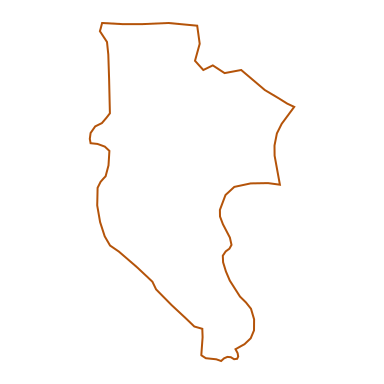 the state/province of Trebinje
{"feature_id": "BIH-4808", "entity_name": "Trebinje", "entity_type": "state/province", "adm_level": 1, "iso_a3": "BIH", "parent_name": "Bosnia and Herzegovina", "parent_adm1": "", "projection": "equal_earth", "projection_center": [18.312, 43.002], "detail": "fine", "context": "isolated", "style": "outline", "palette": "amber", "viewbox_px": 384, "rotation_deg": 0, "n_neighbors": 0, "source": "natural_earth", "source_scale": "10m", "svg_char_len": 1309}
<svg xmlns="http://www.w3.org/2000/svg" viewBox="0 0 384 384"><path d="M221.1,361.0L216.3,359.3L205.8,358.2L201.5,355.4L201.3,355.1L202.6,337.2L202.3,328.8L194.3,326.5L185.9,318.4L171.7,305.2L156.1,289.4L154.9,286.9L152.4,281.7L144.0,273.8L137.3,267.5L118.9,251.6L110.3,245.7L110.1,245.6L109.8,245.1L104.7,236.3L100.1,222.1L97.3,206.0L97.2,205.2L97.3,201.6L97.6,187.8L100.6,181.8L103.5,178.5L105.6,176.3L108.5,165.4L108.9,159.1L109.4,150.9L104.8,146.6L98.8,144.4L97.3,143.9L96.2,143.8L90.6,143.2L89.8,138.9L90.6,133.0L95.2,126.4L101.9,123.1L106.5,117.7L109.9,113.3L109.1,79.0L108.3,54.6L107.0,42.0L99.9,31.2L100.7,28.4L102.1,23.0L122.1,24.1L142.9,24.1L168.4,23.0L197.2,25.7L199.7,43.8L195.0,60.8L203.3,70.0L212.8,65.4L224.6,73.1L241.2,70.0L264.9,90.1L277.9,97.8L287.2,103.6L294.2,106.9L281.7,123.8L276.9,133.4L274.6,145.0L274.5,145.7L274.6,155.7L279.9,184.7L268.0,183.1L250.7,183.4L234.3,186.9L225.5,195.0L219.9,209.9L220.0,216.5L222.9,224.2L229.9,237.6L231.5,244.9L229.4,248.7L225.7,251.4L222.8,255.7L223.1,262.3L225.9,271.4L229.8,280.6L240.0,296.6L246.0,302.5L251.0,308.8L254.1,319.3L254.0,330.4L252.0,335.2L250.7,338.3L244.5,344.2L241.4,345.9L235.5,349.2L237.6,353.1L238.2,356.5L237.1,358.8L234.1,359.2L230.8,357.2L227.4,356.9L224.1,358.3L221.1,361.0Z" fill="none" stroke="#b45309" stroke-width="2"/></svg>